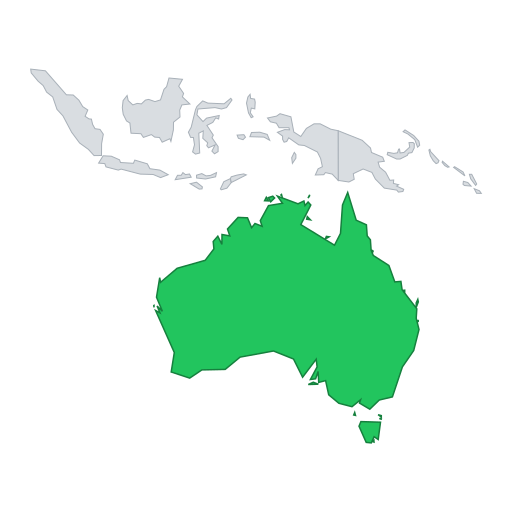 Australia shown with its bordering countries
{"feature_id": "AUS", "entity_name": "Australia", "entity_type": "country or territory", "adm_level": 0, "iso_a3": "AUS", "parent_name": "Oceania", "parent_adm1": "", "projection": "robinson", "projection_center": [137.073, -32.4], "detail": "medium", "context": "with_neighbors", "style": "filled", "palette": "green", "viewbox_px": 512, "rotation_deg": 0, "n_neighbors": 4, "source": "natural_earth", "source_scale": "50m", "svg_char_len": 6005}
<svg xmlns="http://www.w3.org/2000/svg" viewBox="0 0 512 512"><path d="M338.1,130.7L362.2,140.3L370.5,148.0L371.5,152.5L382.7,157.2L384.3,161.3L378.1,162.1L379.6,167.2L385.6,172.2L389.9,180.3L393.7,180.0L393.4,183.4L398.6,184.7L396.6,186.1L403.7,189.3L402.9,191.5L398.4,192.1L396.8,190.1L384.3,188.1L375.3,179.0L371.9,172.4L363.1,169.0L353.3,173.7L354.2,179.3L348.9,182.0L338.2,180.4L338.1,130.7ZM413.7,135.5L418.9,141.2L419.7,145.2L417.6,147.2L414.8,139.7L407.9,134.0L403.1,131.7L405.0,129.9L413.7,135.5ZM407.3,155.4L400.1,159.0L396.6,159.0L387.2,154.7L387.8,152.3L393.8,153.4L397.5,152.8L398.6,149.2L399.5,149.0L400.1,153.0L404.0,152.4L409.7,147.1L409.0,142.6L413.0,142.5L414.3,143.7L414.2,148.0L411.9,152.6L408.4,153.2L407.3,155.4ZM430.6,151.6L439.0,160.7L438.0,162.8L436.1,163.6L433.2,160.7L430.3,155.8L428.9,150.0L429.9,149.3L430.6,151.6Z" fill="#d9dde1" stroke="#a8b0b8" stroke-width="1"/><path d="M338.1,130.7L338.2,180.4L332.2,174.1L325.4,172.6L323.8,174.7L315.3,175.0L318.1,168.8L322.4,166.7L320.6,158.4L317.4,152.0L304.4,145.5L298.8,144.9L288.7,137.8L286.7,141.5L284.1,142.2L282.6,139.4L282.6,136.1L277.4,132.3L284.7,129.6L289.5,129.8L288.9,127.7L279.1,127.7L276.4,123.2L270.4,121.8L267.5,118.0L276.6,116.1L280.0,113.7L290.9,116.8L293.8,132.0L300.8,136.5L306.4,128.4L314.1,123.8L320.1,123.8L330.8,129.2L338.1,130.7ZM230.4,178.6L231.3,182.5L226.9,188.2L221.2,189.8L220.4,188.9L223.8,181.7L230.4,178.6ZM292.4,163.4L291.7,157.7L294.3,152.4L295.9,154.6L295.9,158.2L292.4,163.4ZM182.5,79.3L178.7,86.2L183.6,93.4L182.4,96.9L189.9,104.0L181.9,104.9L179.7,110.1L180.0,117.0L173.5,122.2L173.4,129.8L170.9,141.4L169.9,138.7L162.2,142.2L159.5,137.5L154.7,137.1L151.4,134.6L143.4,137.4L140.9,133.7L131.0,133.2L129.9,123.0L126.5,120.9L123.2,114.3L122.3,107.7L123.1,100.6L127.1,95.5L128.2,100.6L132.8,104.9L137.2,103.4L141.4,103.9L145.4,100.1L148.6,99.4L155.0,101.6L160.5,99.9L164.0,89.3L166.6,86.7L169.0,78.0L182.5,79.3ZM259.8,132.2L267.2,134.4L269.7,140.3L264.0,137.1L249.9,136.7L251.5,132.5L259.8,132.2ZM243.0,139.7L238.4,138.3L237.1,135.1L243.9,134.7L245.5,137.2L243.0,139.7ZM250.1,94.3L250.6,98.4L254.6,99.1L255.2,102.2L254.8,108.9L251.3,108.1L250.3,112.8L253.1,116.8L251.2,117.7L248.5,112.9L246.5,103.1L247.9,97.0L250.1,94.3ZM207.9,103.1L224.1,103.8L230.8,98.3L232.0,100.0L226.5,107.6L221.5,109.0L215.0,107.6L197.9,109.0L196.9,114.8L203.0,121.6L206.6,118.1L219.2,115.5L218.6,119.0L215.7,117.9L212.8,122.4L206.9,125.4L213.3,135.1L212.0,137.8L218.1,146.6L218.1,151.6L214.5,153.8L211.9,151.1L215.1,144.9L208.5,147.8L206.8,145.7L207.7,142.8L202.8,138.3L203.3,130.9L198.8,133.2L199.7,153.0L195.5,154.1L192.6,151.9L194.5,144.8L193.4,137.5L190.6,137.4L188.4,132.2L191.2,127.2L195.5,109.7L196.9,106.5L202.7,100.9L207.9,103.1ZM199.2,189.1L190.2,183.7L196.5,182.2L202.4,186.9L202.0,188.9L199.2,189.1ZM206.1,175.9L210.5,175.4L216.5,172.6L215.6,176.8L205.5,179.0L196.6,178.0L196.5,175.2L201.8,173.6L206.1,175.9ZM185.4,174.6L189.5,174.0L191.2,177.2L175.2,179.7L177.5,175.3L181.2,175.3L182.9,172.6L185.4,174.6ZM119.5,159.8L120.5,162.5L133.4,163.3L134.8,160.1L147.3,163.8L149.9,168.7L159.9,170.1L168.2,174.7L160.6,177.6L153.2,174.5L140.2,174.1L121.1,169.1L118.3,170.1L106.0,166.9L104.8,163.6L98.6,163.1L103.1,155.8L111.3,156.2L119.5,159.8ZM91.4,119.1L92.6,124.4L95.0,128.7L100.0,129.4L103.3,134.2L101.6,143.7L101.5,155.5L94.1,155.6L88.3,149.3L79.6,143.0L71.6,132.2L62.9,115.8L57.0,109.4L52.7,96.9L46.6,92.1L43.2,85.6L38.2,81.3L31.2,72.9L30.7,69.1L45.4,70.8L66.4,94.8L73.2,95.0L78.9,100.2L82.7,106.6L87.8,110.0L85.1,116.3L89.0,118.9L91.4,119.1Z" fill="#d9dde1" stroke="#a8b0b8" stroke-width="1"/><path d="M230.4,178.6L231.2,176.8L237.0,175.1L243.7,173.9L246.3,174.9L231.3,182.5L230.4,178.6Z" fill="#d9dde1" stroke="#a8b0b8" stroke-width="1"/><path d="M479.5,190.8L481.3,193.4L476.6,193.3L474.2,188.7L479.5,190.8ZM476.7,184.0L475.6,185.4L470.7,178.8L469.4,174.3L471.7,174.3L476.7,184.0ZM471.1,186.1L464.4,185.5L463.0,184.3L463.4,181.3L467.8,182.5L471.1,186.1ZM463.1,172.0L464.9,175.9L453.6,167.4L454.6,166.7L463.1,172.0ZM442.5,161.2L449.1,166.9L447.7,167.3L444.8,165.6L442.1,162.4L442.5,161.2Z" fill="#d9dde1" stroke="#a8b0b8" stroke-width="1"/><path d="M347.7,192.5L356.2,220.2L366.4,224.8L367.2,235.9L370.4,239.8L371.1,250.2L373.3,255.5L388.9,265.5L394.8,281.9L400.9,281.4L402.1,289.7L416.8,308.8L416.2,318.2L419.0,329.5L413.7,350.5L402.4,366.9L392.4,396.9L379.3,400.0L369.8,409.2L359.5,403.1L360.6,399.7L352.0,406.7L338.9,403.3L328.7,394.8L325.6,380.6L318.7,382.4L318.1,371.4L315.6,378.8L310.4,379.5L317.1,366.9L316.2,359.2L302.6,377.2L293.5,359.0L273.5,351.0L240.1,357.1L225.2,369.4L201.9,369.9L189.7,378.1L171.2,372.0L174.3,352.5L155.6,310.5L160.0,312.9L157.1,306.0L162.4,311.3L156.5,297.2L159.7,277.7L160.6,282.3L177.1,268.3L205.2,260.3L213.9,248.9L213.2,241.5L217.8,236.2L221.9,244.4L222.0,234.5L229.8,235.9L227.5,229.0L238.1,217.4L247.5,217.8L251.6,227.7L255.0,223.5L262.1,226.3L260.3,220.6L268.5,205.6L282.5,203.3L277.4,196.1L298.0,203.8L303.9,201.0L305.0,205.6L308.1,202.0L310.8,205.0L300.8,224.6L334.5,245.2L340.5,233.4L342.5,205.0L347.7,192.5ZM360.9,421.6L380.5,422.2L378.2,439.5L374.1,436.7L371.3,442.9L366.2,442.4L359.0,426.2L360.9,421.6ZM268.4,197.6L272.8,196.2L274.6,198.0L270.7,201.8L268.4,197.6ZM313.3,382.2L318.3,384.2L308.3,384.5L313.3,382.2ZM307.3,216.6L310.4,219.8L306.7,219.2L307.3,216.6ZM416.3,307.2L416.2,302.9L417.8,299.4L418.3,301.9L416.3,307.2ZM378.1,414.7L381.3,415.6L381.3,417.0L378.1,414.7ZM266.3,197.3L268.4,200.9L264.6,200.7L266.3,197.3ZM355.5,415.4L353.7,415.0L354.7,412.5L355.5,415.4ZM329.1,236.8L327.3,237.9L325.5,238.5L326.4,236.4L329.1,236.8ZM154.0,305.4L154.0,307.4L153.8,305.5L154.0,305.4ZM380.6,418.4L381.8,419.4L379.4,418.6L380.6,418.4ZM403.4,290.3L404.7,290.2L404.7,292.1L403.4,290.3ZM371.5,250.0L373.1,251.1L372.8,251.8L371.5,250.0ZM373.9,440.4L374.0,442.1L372.7,441.6L373.9,440.4ZM418.2,319.8L418.2,322.1L418.2,319.8ZM281.9,196.0L280.9,195.0L281.5,194.5L281.9,196.0ZM309.4,196.2L308.0,198.1L309.7,194.8L309.4,196.2Z" fill="#22c55e" stroke="#15803d" stroke-width="1.5"/></svg>